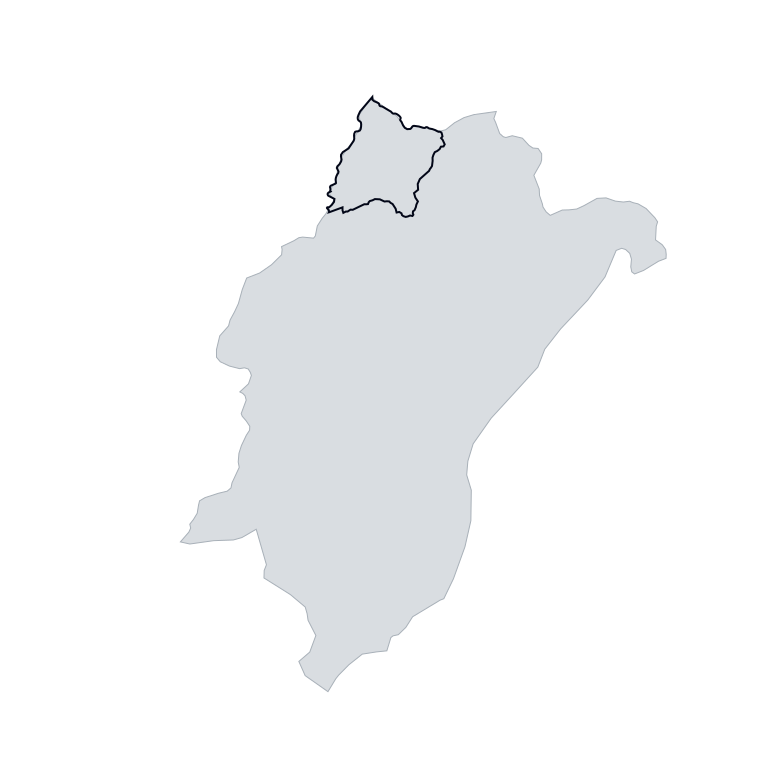 Blagoevgrad on a map of Bulgaria (Robinson projection), rotated 122°
{"feature_id": "BGR-3002", "entity_name": "Blagoevgrad", "entity_type": "Province", "adm_level": 1, "iso_a3": "BGR", "parent_name": "Bulgaria", "parent_adm1": "", "projection": "robinson", "projection_center": [23.441, 41.745], "detail": "fine", "context": "in_parent", "style": "outline", "palette": "ink", "viewbox_px": 768, "rotation_deg": 122, "n_neighbors": 0, "source": "natural_earth", "source_scale": "10m", "svg_char_len": 4482}
<svg xmlns="http://www.w3.org/2000/svg" viewBox="0 0 768 768"><g transform="rotate(122 384 384)"><path d="M625.8,473.0L613.0,471.0L608.6,471.6L605.8,474.4L599.9,473.8L592.6,473.9L585.0,477.1L580.8,478.5L575.1,475.5L564.4,466.5L558.0,460.2L553.2,458.7L548.4,460.5L531.4,462.6L527.4,466.3L519.6,470.3L511.7,472.3L500.4,473.6L494.4,473.5L491.0,475.4L488.3,481.3L486.5,487.1L484.8,489.4L470.7,492.3L467.6,495.6L466.8,498.8L467.1,502.1L455.7,499.0L447.0,501.0L445.0,503.5L443.2,507.1L444.2,510.9L447.5,514.6L450.7,524.6L451.9,534.6L450.1,540.2L443.6,544.3L430.2,548.8L417.1,546.6L411.4,548.4L401.8,549.0L392.9,550.1L379.2,554.2L366.9,556.6L355.8,548.3L342.5,542.6L328.7,539.3L323.9,541.7L321.8,543.7L310.2,536.3L305.0,533.7L302.5,530.8L297.6,521.0L294.8,520.7L285.3,524.3L276.1,524.2L270.5,523.5L254.1,523.9L252.0,530.6L249.9,531.7L246.4,532.6L237.7,532.1L226.5,537.1L214.5,540.1L205.2,540.2L195.5,538.7L189.7,539.8L177.3,540.3L169.4,547.6L157.1,547.2L146.8,545.9L148.0,543.7L150.2,514.9L155.3,502.0L155.1,499.4L154.0,497.4L149.5,495.3L146.2,488.4L139.5,470.1L135.7,466.4L125.0,462.6L115.7,457.3L107.8,450.4L93.4,433.2L100.7,431.5L103.0,428.0L110.3,418.6L111.1,413.9L110.4,411.3L105.5,406.8L102.2,396.9L104.8,387.6L105.0,382.8L102.6,378.1L105.2,372.3L110.4,369.1L113.7,368.1L127.6,367.5L136.4,355.7L141.7,352.0L147.2,345.3L149.7,342.9L152.1,337.7L152.9,332.4L142.0,325.0L138.3,319.4L133.5,313.3L126.9,309.0L113.7,301.7L108.5,294.3L106.3,284.7L102.8,277.4L98.9,272.6L98.2,268.8L96.6,264.0L96.3,254.7L99.5,242.3L101.5,237.9L106.0,236.7L117.9,230.1L118.5,221.7L120.7,216.4L124.5,213.4L128.0,211.4L134.5,216.3L150.2,224.1L157.9,229.8L157.6,233.3L153.9,236.8L147.0,240.3L143.0,244.8L141.9,250.4L143.0,254.4L147.7,257.9L176.1,253.3L204.9,255.7L243.6,263.4L269.3,266.1L288.2,262.5L323.4,268.9L356.1,275.0L387.5,276.7L405.0,272.0L417.3,265.7L427.8,253.7L453.9,237.9L479.1,229.1L512.3,221.9L534.4,219.5L537.6,221.9L566.2,236.4L578.7,236.5L589.0,239.0L592.8,242.9L595.4,243.8L608.8,240.2L615.0,248.2L624.6,259.3L640.7,265.0L655.0,268.2L659.5,268.7L674.6,268.5L673.1,296.3L664.4,309.2L650.7,304.9L633.4,308.5L624.6,323.2L619.5,327.5L614.9,332.6L612.2,351.7L612.1,383.0L605.6,386.8L599.6,387.9L574.9,415.4L589.6,423.2L596.1,429.1L607.1,445.4L622.6,463.9L625.8,473.0Z" fill="#d9dde1" stroke="#a8b0b8" stroke-width="1"/><path d="M146.8,546.0L149.1,544.4L149.4,542.2L149.0,539.8L148.8,537.4L149.1,536.6L150.2,535.4L150.4,534.9L150.3,534.2L149.8,533.0L149.6,532.5L149.4,524.4L149.3,522.6L149.8,520.7L149.9,520.0L149.7,519.3L148.8,518.0L148.5,517.3L148.3,515.8L148.4,514.1L148.7,512.5L149.2,511.2L149.6,510.8L151.1,510.4L151.6,510.1L151.9,509.5L152.5,507.9L153.4,506.6L154.6,504.8L155.7,502.1L155.6,499.4L153.9,497.0L152.9,496.5L150.7,496.4L149.7,496.0L149.1,495.2L147.1,490.8L146.1,486.9L145.5,485.5L145.1,485.0L144.0,484.5L143.7,484.2L143.3,483.2L143.4,481.5L143.2,480.7L142.2,478.1L141.6,475.4L141.4,472.6L141.2,471.4L140.4,470.2L140.3,468.6L141.5,467.1L143.1,465.6L145.2,465.9L145.9,463.6L148.6,459.5L151.0,459.4L152.6,461.5L155.3,461.3L158.1,462.3L160.5,463.8L163.5,463.5L166.3,462.8L169.0,461.0L173.7,458.8L175.7,458.8L177.5,459.0L179.3,458.7L191.2,462.2L196.5,461.4L201.2,458.0L206.2,459.7L209.3,456.2L211.2,452.0L214.7,451.6L217.2,450.7L220.4,450.2L222.2,450.9L223.9,450.1L224.9,448.8L226.4,448.9L227.3,451.2L229.2,452.5L230.8,454.1L231.4,456.5L231.2,458.3L230.0,459.6L230.0,462.2L231.9,464.2L229.2,467.0L226.8,472.1L226.9,474.4L226.4,476.3L227.5,478.4L229.0,480.3L229.6,485.4L232.0,489.7L234.3,491.1L236.4,493.0L238.0,493.3L239.9,492.9L241.0,494.3L242.0,496.0L252.8,502.8L253.9,504.8L255.6,505.6L257.0,506.2L257.9,507.7L260.4,509.2L258.6,511.3L256.2,512.8L267.4,521.5L267.5,521.6L267.3,521.6L266.0,522.8L265.6,523.5L265.2,525.3L264.9,525.7L264.2,525.7L263.8,525.2L263.4,524.5L262.6,524.0L259.8,523.2L256.1,522.9L253.3,524.1L253.6,527.8L253.8,530.4L253.8,531.3L253.2,532.2L252.2,532.7L251.0,532.5L248.9,531.2L248.6,532.0L248.2,532.3L247.6,532.4L247.1,532.7L245.6,534.2L244.2,534.3L239.7,531.3L239.0,531.2L236.4,533.3L234.9,534.0L233.0,534.5L231.0,534.7L229.3,534.6L227.9,535.2L225.8,538.5L224.2,538.9L221.1,538.2L218.0,538.3L216.2,538.9L213.8,541.1L213.6,541.2L212.4,541.9L209.2,541.8L203.0,538.9L193.7,538.6L191.9,539.1L189.1,541.1L187.4,541.9L185.4,542.1L184.4,541.3L183.5,539.9L181.8,538.8L180.1,538.9L177.9,539.8L175.8,541.0L174.4,542.2L174.1,543.1L174.0,545.2L173.5,546.3L172.6,547.1L171.6,547.7L169.5,548.2L165.5,548.7L146.8,546.0Z" fill="none" stroke="#020617" stroke-width="2"/></g></svg>